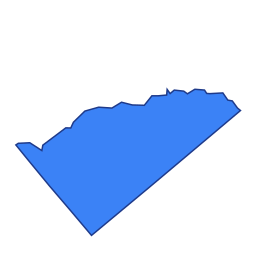 Sherburne, Minnesota, United States of America (Robinson projection), rotated 140°
{"feature_id": "52423323B66083863480284", "entity_name": "Sherburne", "entity_type": "district", "adm_level": 2, "iso_a3": "USA", "parent_name": "United States of America", "parent_adm1": "Minnesota", "projection": "robinson", "projection_center": [-93.859, 45.403], "detail": "fine", "context": "isolated", "style": "filled", "palette": "blue", "viewbox_px": 256, "rotation_deg": 140, "n_neighbors": 0, "source": "geoboundaries", "source_scale": "gbopen_adm2", "svg_char_len": 611}
<svg xmlns="http://www.w3.org/2000/svg" viewBox="0 0 256 256"><g transform="rotate(140 128 128)"><path d="M30.6,69.1L31.3,72.9L30.7,81.7L33.6,85.2L32.8,93.9L43.2,101.7L45.5,103.9L45.0,107.9L51.9,114.7L60.5,116.0L61.6,120.4L68.2,127.3L73.6,127.3L73.2,132.4L77.2,128.4L84.1,133.2L89.0,137.3L100.9,134.9L109.9,142.9L116.4,151.9L127.5,153.6L137.1,162.8L150.2,168.7L166.1,167.5L171.8,164.8L175.6,168.1L204.3,169.6L208.5,166.1L212.7,179.8L221.9,186.8L224.8,187.1L225.1,166.9L225.4,134.4L225.3,123.4L225.1,101.9L225.0,69.2L149.3,68.9L74.0,69.0L30.6,69.1Z" fill="#3b82f6" stroke="#1e3a8a" stroke-width="1.5"/></g></svg>